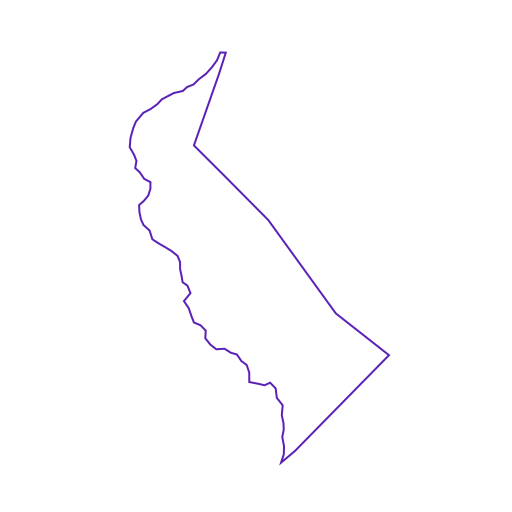 outline of Pedra Branca, Paraíba, Brazil, rotated 164°
{"feature_id": "56859067B10838680132800", "entity_name": "Pedra Branca", "entity_type": "district", "adm_level": 2, "iso_a3": "BRA", "parent_name": "Brazil", "parent_adm1": "Paraíba", "projection": "albers", "projection_center": [-38.064, -7.465], "detail": "fine", "context": "isolated", "style": "outline", "palette": "violet", "viewbox_px": 512, "rotation_deg": 164, "n_neighbors": 0, "source": "geoboundaries", "source_scale": "gbopen_adm2", "svg_char_len": 1118}
<svg xmlns="http://www.w3.org/2000/svg" viewBox="0 0 512 512"><g transform="rotate(164 256 256)"><path d="M234.3,287.2L264.3,341.8L285.2,379.4L241.4,441.2L229.0,459.8L234.3,461.5L239.5,454.9L246.2,449.7L253.7,445.0L262.2,441.7L268.8,438.1L275.7,437.4L280.9,434.8L290.2,435.3L303.3,432.6L308.9,429.2L316.9,426.3L324.9,424.7L334.4,418.3L338.8,412.7L344.0,404.3L347.4,395.4L345.3,386.9L344.7,380.4L347.9,373.8L344.7,368.6L342.2,361.0L337.1,356.1L339.0,349.7L342.8,343.9L348.6,339.9L354.3,337.2L355.9,330.6L356.5,322.9L355.6,316.8L351.3,309.8L351.0,300.6L345.8,294.6L341.9,290.6L336.2,284.5L331.4,277.8L330.7,271.1L332.6,264.1L333.0,257.7L333.8,251.0L330.1,246.4L329.2,238.4L337.7,232.5L335.0,224.2L334.7,216.8L334.0,209.2L328.4,204.7L324.9,198.1L327.4,190.9L324.4,183.6L319.9,177.3L311.8,175.5L306.8,169.9L301.5,166.6L299.0,159.0L295.0,153.8L294.6,145.9L297.2,136.7L289.0,132.5L283.4,129.4L277.3,130.3L273.6,123.2L275.1,113.9L271.5,105.1L275.1,95.8L275.7,87.4L277.3,81.2L280.6,74.9L281.5,65.4L283.9,57.8L288.8,50.5L272.4,57.8L155.5,124.0L195.1,178.8L234.3,287.2Z" fill="none" stroke="#5b21b6" stroke-width="2"/></g></svg>